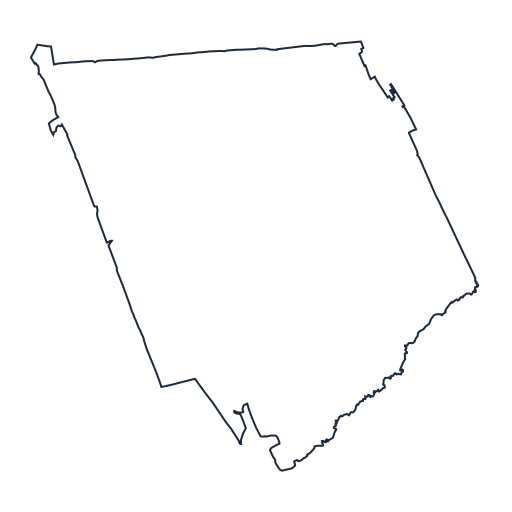 Perieti, Olt, Romania, rotated 89°
{"feature_id": "2599482B88325539322464", "entity_name": "Perieti", "entity_type": "district", "adm_level": 2, "iso_a3": "ROU", "parent_name": "Romania", "parent_adm1": "Olt", "projection": "robinson", "projection_center": [24.585, 44.417], "detail": "fine", "context": "isolated", "style": "outline", "palette": "slate", "viewbox_px": 512, "rotation_deg": 89, "n_neighbors": 0, "source": "geoboundaries", "source_scale": "gbopen_adm2", "svg_char_len": 5973}
<svg xmlns="http://www.w3.org/2000/svg" viewBox="0 0 512 512"><g transform="rotate(89 256 256)"><path d="M446.7,192.4L445.8,192.3L444.9,192.7L442.2,193.3L442.0,192.1L443.1,191.1L443.3,189.3L442.9,189.0L441.5,189.4L440.7,188.7L440.7,188.3L442.1,188.1L442.6,187.8L442.6,187.3L441.3,187.2L441.2,186.9L441.3,185.9L440.5,184.9L439.3,182.6L438.8,182.2L433.2,180.3L432.9,179.9L431.9,179.5L431.1,178.8L430.4,178.9L429.7,180.7L429.0,181.2L428.1,181.0L427.2,179.1L426.9,179.0L425.4,179.5L425.0,178.4L424.0,178.5L423.1,179.2L421.9,179.2L421.9,178.6L422.9,177.7L418.1,175.1L418.0,174.1L417.2,173.7L417.7,172.6L417.4,171.9L416.1,170.5L416.0,168.7L415.6,167.9L415.8,167.1L416.7,166.2L416.9,165.6L415.0,164.7L414.1,163.9L413.7,163.3L414.1,162.0L413.2,160.7L412.3,159.9L410.3,159.0L407.7,158.5L406.3,157.8L406.3,157.4L406.8,156.9L406.5,156.3L405.4,156.0L404.2,154.8L403.3,154.3L403.2,153.4L402.6,152.5L402.8,151.6L401.3,151.5L400.8,151.2L401.0,149.5L400.8,149.1L399.8,148.8L398.9,149.4L398.3,149.3L398.8,148.3L398.3,146.7L398.0,146.4L397.1,146.5L396.9,145.9L397.1,145.2L398.9,144.3L399.0,144.1L397.8,143.4L398.4,142.6L398.3,141.3L396.5,140.3L396.0,140.2L394.6,140.8L393.2,140.3L393.3,139.9L394.2,139.2L393.4,138.6L393.4,137.6L393.3,137.4L391.9,136.4L391.8,136.2L393.5,135.5L393.7,135.4L393.7,135.1L392.6,133.8L392.0,133.4L391.5,132.3L390.4,131.4L390.0,129.7L389.5,129.5L387.5,129.7L386.9,131.1L386.4,131.1L385.3,130.7L382.6,130.6L380.0,128.9L380.2,127.2L379.8,125.4L380.3,124.7L381.0,124.3L381.0,123.8L380.3,123.2L378.9,123.6L378.6,123.5L378.2,122.8L378.3,121.2L375.9,119.6L375.7,119.1L375.7,118.7L376.9,117.7L376.3,116.2L376.7,115.4L376.6,114.6L376.9,113.0L375.2,112.6L374.7,112.1L374.3,111.2L373.3,111.0L372.5,111.2L372.1,111.7L372.4,112.5L373.0,113.2L373.0,113.7L372.0,113.9L364.6,110.6L361.6,108.6L359.7,109.0L358.2,108.6L356.7,109.0L355.7,108.3L355.6,108.0L355.8,106.9L355.6,106.8L354.8,106.8L352.3,108.5L351.3,107.6L350.6,107.2L349.9,107.6L348.9,108.6L348.1,108.6L347.9,108.4L348.3,107.9L348.3,106.5L345.8,104.8L345.6,103.8L345.9,101.6L345.9,100.9L345.3,99.9L344.3,99.3L344.2,98.9L341.3,97.7L338.8,95.8L336.4,95.5L335.4,95.0L334.2,93.8L332.0,89.6L329.4,87.7L329.0,86.8L327.7,85.5L326.8,84.0L322.0,82.0L319.3,79.8L318.5,79.4L317.5,76.9L317.3,74.7L317.5,73.6L317.4,72.4L318.3,71.6L318.4,70.9L317.4,70.5L317.0,69.5L316.3,68.7L316.2,68.2L315.2,67.3L314.4,67.8L312.4,66.9L306.2,62.1L306.3,61.0L305.4,60.7L305.5,59.6L304.6,58.8L304.2,58.0L303.0,56.4L302.9,56.0L304.1,54.9L303.4,53.4L302.9,53.1L302.1,53.3L301.2,52.1L300.7,51.7L301.1,50.9L301.0,49.9L299.4,49.4L299.4,48.7L299.2,48.4L297.4,46.5L297.2,43.7L297.5,42.7L298.3,41.8L298.3,41.3L297.0,40.2L295.5,39.6L295.4,39.1L295.9,38.1L295.7,36.9L295.0,36.8L294.5,37.9L294.1,38.1L293.6,37.1L292.1,37.7L291.3,37.6L291.1,37.5L291.1,36.7L289.8,35.8L289.9,35.1L290.3,34.8L289.8,34.4L288.6,34.5L287.2,36.3L286.3,35.8L285.8,35.9L285.4,37.0L284.5,37.0L284.0,37.4L281.9,37.0L281.4,37.5L281.0,37.5L274.9,40.2L258.1,48.0L222.5,63.9L213.2,68.4L205.2,71.9L198.4,75.3L161.5,90.6L159.9,91.4L157.9,93.1L157.2,92.6L153.9,93.1L135.8,100.9L135.3,100.9L133.9,98.4L133.2,97.0L132.2,93.7L120.3,99.2L109.0,105.5L109.7,106.5L109.0,106.9L107.9,105.1L86.5,118.0L87.1,118.8L94.8,114.2L95.4,115.0L91.8,117.2L93.0,118.9L99.6,114.7L100.6,116.1L101.7,115.3L103.0,117.1L98.5,120.0L99.8,121.5L85.6,130.6L81.5,132.9L78.8,134.1L81.2,138.2L76.8,140.1L67.3,143.2L67.9,144.2L55.7,149.2L54.0,146.7L52.5,146.5L50.8,147.1L49.8,145.0L43.4,147.4L45.1,170.0L45.6,171.1L47.5,172.9L47.4,173.4L45.4,175.4L45.1,176.2L45.1,177.9L45.5,180.5L45.5,181.6L45.3,182.9L45.5,185.4L46.8,193.3L47.0,197.3L46.8,203.9L49.6,231.0L50.0,231.0L50.3,231.5L49.8,238.4L49.1,240.5L48.8,242.1L48.5,247.1L48.5,249.9L49.1,252.9L49.5,268.8L49.4,270.8L50.0,281.1L50.8,284.3L50.4,286.2L50.6,298.4L51.1,303.4L51.5,311.3L52.2,316.2L52.5,323.7L53.6,339.9L54.1,341.8L55.4,353.0L56.0,355.2L55.5,360.2L56.2,367.1L57.1,381.5L57.3,387.6L57.2,389.3L57.6,395.6L57.5,398.2L57.9,408.9L58.3,411.4L59.5,413.6L59.4,414.0L58.3,415.5L58.2,417.0L58.4,424.8L59.1,432.4L59.2,438.2L59.6,443.8L60.1,450.3L61.0,454.7L42.9,457.3L42.7,460.5L40.9,470.9L45.5,473.0L53.6,477.6L59.8,473.9L59.4,473.0L59.6,472.6L60.8,472.1L61.6,471.0L62.0,470.7L64.2,470.1L67.1,469.9L70.2,470.2L70.5,468.9L72.8,467.7L75.9,465.3L88.7,460.3L91.2,458.8L100.3,455.1L104.0,454.2L108.9,453.9L111.4,453.0L113.7,451.3L116.6,456.7L119.8,460.8L126.9,459.0L131.3,456.6L128.7,455.9L127.5,453.8L124.4,453.4L122.6,452.0L122.1,451.1L122.9,449.1L122.5,448.5L121.2,447.8L131.5,442.3L132.2,442.8L151.2,435.2L152.2,434.9L154.1,434.9L158.0,432.6L203.2,417.0L203.7,416.6L203.6,414.8L204.0,414.2L207.1,413.7L208.6,413.7L210.9,414.3L214.3,413.8L239.6,405.1L240.1,404.7L238.2,401.2L238.3,399.9L242.9,403.3L265.4,395.3L267.0,395.5L268.7,395.2L284.1,389.4L302.0,383.2L309.3,381.0L312.0,379.7L315.5,378.6L318.3,377.3L325.5,374.7L327.5,373.5L336.1,369.9L339.0,369.3L346.8,367.0L370.8,357.7L383.7,353.3L385.2,353.0L384.8,350.0L383.2,342.3L377.7,319.2L391.7,309.4L402.2,301.6L422.2,288.6L428.0,284.1L441.5,275.8L442.0,276.1L442.7,275.7L443.5,275.1L443.7,274.5L443.7,274.2L440.0,274.3L435.0,272.7L433.4,272.1L428.1,269.2L420.6,271.7L415.3,273.8L413.7,274.7L413.0,278.9L411.9,280.4L411.1,280.6L410.6,280.5L410.8,279.8L411.9,277.9L412.3,274.2L412.2,272.7L411.8,271.6L411.7,271.4L408.5,272.2L406.1,271.3L404.8,270.6L403.5,267.3L408.2,266.1L415.5,263.7L427.9,258.8L436.3,254.6L436.6,253.7L436.7,252.0L436.3,250.1L436.8,249.7L435.8,244.1L435.8,240.5L436.3,238.7L438.0,237.6L443.0,235.8L444.2,235.9L444.6,237.3L447.6,243.0L448.3,244.1L450.2,245.5L457.0,242.5L460.2,240.3L462.3,240.4L464.1,239.6L469.3,236.4L470.1,235.6L471.1,233.9L469.1,224.4L467.9,222.3L466.1,220.5L465.1,220.6L462.5,221.4L461.9,221.3L460.7,218.7L461.0,218.0L461.8,217.6L461.9,217.3L461.7,216.1L461.0,214.3L458.8,211.5L458.6,210.4L457.6,209.6L456.5,208.0L455.4,208.3L455.1,208.0L454.5,206.3L453.4,204.9L449.2,201.0L447.5,200.9L447.0,198.7L446.7,196.2L447.0,193.3L446.7,192.4Z" fill="none" stroke="#1e293b" stroke-width="2"/></g></svg>